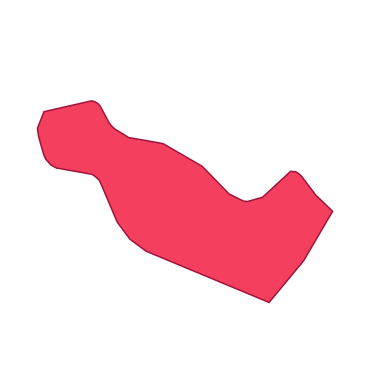 the border of Kensington and Chelsea, rotated 337°
{"feature_id": "GBR-2072", "entity_name": "Kensington and Chelsea", "entity_type": "London Borough (royal)", "adm_level": 1, "iso_a3": "GBR", "parent_name": "United Kingdom", "parent_adm1": "", "projection": "mercator", "projection_center": [-0.187, 51.497], "detail": "fine", "context": "isolated", "style": "filled", "palette": "rose", "viewbox_px": 384, "rotation_deg": 337, "n_neighbors": 0, "source": "natural_earth", "source_scale": "10m", "svg_char_len": 596}
<svg xmlns="http://www.w3.org/2000/svg" viewBox="0 0 384 384"><g transform="rotate(337 192 192)"><path d="M87.2,60.2L135.4,68.9L138.0,71.1L140.0,74.0L141.1,77.4L142.7,95.5L143.7,99.8L145.6,103.9L155.1,117.2L184.2,136.1L211.4,172.3L225.3,208.2L235.6,220.3L239.3,222.4L254.9,224.4L290.8,211.5L295.1,213.7L297.0,216.0L298.9,220.0L304.7,243.2L313.9,264.7L267.9,298.9L219.8,323.8L126.6,228.6L116.4,211.2L111.4,190.5L111.4,148.1L111.0,144.3L108.7,139.4L106.6,136.5L76.5,116.9L72.5,111.8L70.1,104.2L70.1,99.5L72.5,80.8L74.6,73.0L87.2,60.2Z" fill="#f43f5e" stroke="#9f1239" stroke-width="1.5"/></g></svg>